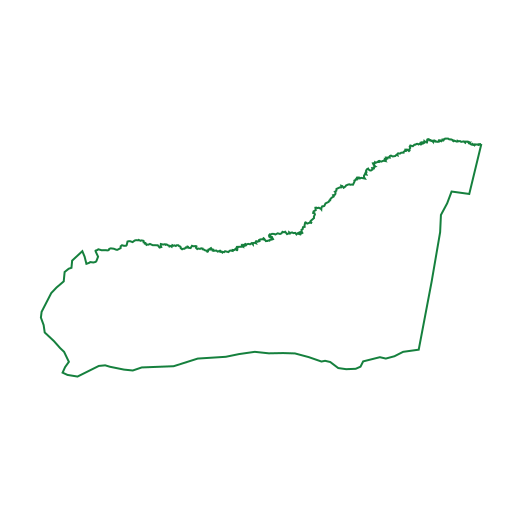 the district of Gamboula, Mambéré-Kadéï, Central African Republic, rotated 101°
{"feature_id": "33826404B15620845480465", "entity_name": "Gamboula", "entity_type": "district", "adm_level": 2, "iso_a3": "CAF", "parent_name": "Central African Republic", "parent_adm1": "Mambéré-Kadéï", "projection": "equal_earth", "projection_center": [14.923, 4.351], "detail": "fine", "context": "isolated", "style": "outline", "palette": "green", "viewbox_px": 512, "rotation_deg": 101, "n_neighbors": 0, "source": "geoboundaries", "source_scale": "gbopen_adm2", "svg_char_len": 6103}
<svg xmlns="http://www.w3.org/2000/svg" viewBox="0 0 512 512"><g transform="rotate(101 256 256)"><path d="M386.7,426.1L395.6,419.5L401.5,422.2L407.4,423.6L408.7,418.4L408.4,408.2L393.9,389.3L392.1,383.2L392.6,378.2L392.7,363.9L391.9,355.1L387.2,346.9L379.9,315.8L367.8,293.6L360.7,266.4L355.5,253.9L350.3,238.9L349.1,224.9L346.1,210.8L344.2,199.2L345.2,184.9L347.1,171.6L345.7,168.2L345.9,162.9L350.3,153.9L349.9,145.9L347.7,136.6L344.7,132.3L339.0,130.7L331.7,115.1L331.9,109.0L328.0,101.0L322.0,93.3L316.9,78.4L247.7,78.7L197.5,79.8L180.4,82.3L167.8,78.4L155.4,76.3L154.4,58.5L104.0,56.2L103.9,57.0L103.4,57.3L103.8,58.7L104.4,58.5L104.6,58.9L104.3,59.7L104.6,61.7L105.4,62.4L104.7,62.7L104.9,63.6L105.5,63.8L105.5,64.7L104.8,65.1L105.5,65.9L104.7,67.9L104.2,67.7L104.6,68.6L104.0,68.9L103.7,69.8L103.4,69.3L103.3,69.8L103.8,72.5L104.2,72.0L104.9,72.2L103.9,74.0L104.8,76.4L104.3,77.5L104.7,79.3L104.5,80.0L105.1,79.9L105.4,80.7L104.9,83.5L105.6,83.9L105.3,84.8L104.6,85.2L104.3,86.9L104.5,87.2L104.6,88.7L104.1,89.8L104.7,92.8L105.3,93.2L105.8,94.4L106.1,93.8L106.9,94.1L107.1,95.6L107.7,95.9L107.5,96.7L107.9,96.6L107.6,98.3L108.0,98.3L107.9,97.5L108.4,97.8L108.3,98.6L109.0,98.6L109.4,100.1L109.0,101.5L109.3,101.7L108.8,102.4L109.4,102.9L108.7,103.4L109.2,104.5L109.9,104.3L109.3,105.1L109.7,105.9L109.2,106.7L109.3,107.3L108.9,107.2L109.0,108.6L108.5,108.6L108.4,109.3L109.0,110.1L111.9,109.8L112.0,110.6L111.4,111.3L111.6,112.2L111.2,112.7L112.3,112.7L112.6,114.1L113.3,113.0L113.7,113.5L113.3,114.1L113.7,114.6L113.7,115.2L114.3,114.7L115.1,115.4L114.6,116.9L115.5,117.7L115.1,118.9L115.4,119.9L116.3,120.7L116.5,121.7L118.3,123.0L118.1,125.6L119.4,126.0L120.4,125.2L122.4,125.9L123.1,125.4L123.8,125.9L122.7,127.9L123.1,129.7L123.8,129.5L123.4,128.5L124.3,128.8L124.6,130.1L125.8,131.0L126.4,130.9L126.9,133.2L128.0,134.2L128.1,136.1L129.2,136.7L130.1,136.3L129.8,137.4L131.3,138.4L132.2,140.8L131.7,142.7L132.2,143.5L133.2,144.1L133.9,143.6L134.5,146.8L135.3,146.1L135.7,147.4L136.4,146.5L136.7,146.6L136.8,148.1L137.4,148.1L137.8,148.9L137.6,147.9L138.1,147.3L138.1,148.9L139.5,151.2L139.1,153.1L139.4,153.7L140.3,153.4L140.5,154.6L141.6,156.2L141.2,157.1L142.1,157.2L142.7,158.9L143.3,158.5L143.5,157.7L144.2,157.7L144.5,156.8L145.4,156.6L145.5,156.1L146.4,157.3L147.4,157.0L147.6,158.7L148.8,158.1L150.1,159.4L150.3,160.3L149.6,162.0L148.8,162.6L149.6,163.6L150.5,164.0L151.7,164.3L152.5,163.6L153.3,164.3L154.9,163.2L154.8,164.7L156.7,165.3L158.0,165.0L159.2,163.9L159.2,167.6L160.0,169.1L159.3,169.8L159.7,171.8L160.0,171.9L159.9,171.3L160.4,170.4L160.8,172.1L161.1,172.3L161.7,171.8L162.1,172.9L162.7,173.0L163.2,173.8L164.1,173.5L167.5,174.4L167.7,176.2L168.1,177.1L167.8,178.0L168.3,179.2L169.6,181.1L170.7,181.5L172.3,183.0L170.9,184.6L170.8,185.7L171.6,185.3L172.4,185.5L172.7,186.9L174.8,189.8L176.6,189.6L177.8,190.7L178.0,190.2L179.8,189.9L181.0,190.4L181.6,191.9L182.8,191.1L184.4,192.9L186.1,193.9L187.2,193.8L187.4,194.5L189.0,195.0L191.1,197.8L193.8,198.5L194.3,199.2L194.5,200.4L196.0,201.0L197.7,200.8L197.0,201.6L197.1,202.2L196.6,203.6L197.2,204.6L197.0,206.1L197.3,206.9L199.6,206.1L201.2,208.0L202.8,208.1L202.8,206.8L204.0,206.1L206.2,206.7L207.7,206.3L211.1,209.0L212.1,209.3L212.6,208.1L213.0,208.2L212.9,209.4L214.4,211.9L213.5,213.7L213.8,214.1L216.8,214.2L218.1,213.8L218.8,215.4L220.7,215.3L221.6,216.3L223.3,215.9L224.5,214.9L225.6,216.2L225.4,217.1L224.5,217.0L224.2,217.4L225.1,218.6L226.2,217.7L226.0,219.7L227.1,220.4L225.8,221.9L226.4,223.6L226.0,225.1L226.9,226.8L226.5,227.8L227.6,227.4L227.7,228.5L228.6,229.7L226.6,232.0L227.4,233.0L227.2,234.6L228.9,235.3L229.8,236.6L229.6,239.0L231.2,241.1L230.9,242.5L231.2,244.5L232.1,245.4L232.0,246.5L232.9,247.0L233.3,246.4L234.0,246.9L234.7,246.4L234.3,244.0L234.7,243.7L235.3,244.1L235.8,242.8L236.2,242.5L237.0,243.9L237.3,245.3L238.4,245.7L238.4,246.9L239.1,247.7L239.5,249.2L238.7,249.8L238.4,251.2L237.5,251.2L237.1,252.0L238.3,252.6L238.9,255.0L239.8,256.1L240.4,256.0L240.7,255.5L241.0,255.8L241.1,256.4L241.7,257.1L241.3,257.9L241.5,258.8L242.6,259.1L243.5,258.5L243.3,259.7L243.9,261.6L245.2,261.3L244.2,262.7L245.6,264.0L245.6,266.0L246.6,267.7L246.2,268.8L246.9,269.3L247.7,268.3L248.1,269.0L247.4,269.8L247.5,270.7L249.2,270.3L248.4,271.9L249.6,271.7L250.7,276.5L251.1,276.6L251.4,275.9L252.3,276.8L252.8,275.6L253.8,275.6L253.9,276.1L253.1,277.6L254.3,278.5L254.5,280.1L255.5,279.9L255.5,282.1L255.9,282.9L257.4,283.8L257.2,287.3L258.3,288.0L258.3,289.5L259.0,289.7L258.5,290.7L258.7,291.7L257.8,291.8L257.6,292.3L259.0,294.4L258.2,296.0L259.1,298.9L259.0,299.3L258.4,298.9L257.9,299.1L257.9,300.6L256.8,301.7L257.4,302.3L257.9,301.8L258.2,302.7L258.5,302.5L258.9,304.0L260.7,304.0L261.1,304.6L260.2,305.5L260.2,307.0L259.7,308.1L259.6,309.6L258.9,309.8L258.9,311.3L259.7,312.3L259.7,314.2L260.4,315.0L259.4,316.5L257.9,316.3L257.7,316.9L258.4,319.4L258.2,320.8L260.7,321.7L260.8,323.7L259.9,324.5L259.8,325.2L261.1,325.6L261.0,326.6L262.5,327.5L262.8,329.0L263.5,329.8L262.7,331.4L261.9,331.5L261.2,332.1L261.0,333.4L260.3,334.2L260.6,335.9L261.5,336.6L261.1,337.9L261.7,338.8L261.3,340.2L263.0,340.5L262.4,341.6L263.2,342.8L262.4,343.4L262.4,344.2L261.7,345.9L262.3,346.9L261.8,347.6L262.5,349.4L262.4,351.7L263.9,351.6L265.3,350.7L266.1,352.3L264.2,354.5L265.1,359.4L264.4,362.4L265.4,363.8L265.5,364.9L266.0,365.6L265.2,366.2L265.1,367.3L264.3,367.2L264.1,368.9L262.8,369.1L262.5,369.8L262.6,371.6L263.1,372.3L262.6,374.2L263.0,374.4L263.4,376.9L264.0,378.1L265.9,379.8L265.5,382.4L265.7,383.6L266.3,384.9L269.9,385.0L270.7,385.5L271.2,387.5L271.0,389.6L272.3,390.7L274.1,390.4L276.4,393.3L276.5,394.4L276.0,397.0L276.2,400.0L277.0,401.4L277.9,401.5L278.6,402.2L278.9,403.2L278.9,404.4L279.8,408.6L279.5,412.1L280.5,412.9L280.9,413.9L281.4,414.5L282.1,414.3L286.8,410.9L291.4,411.7L292.4,412.3L293.4,414.4L293.6,417.6L294.3,418.1L296.0,421.0L289.4,424.1L284.4,427.4L295.6,435.6L302.8,434.9L304.2,437.4L308.2,440.8L317.6,439.9L325.0,445.8L331.4,449.9L351.7,455.8L357.5,455.4L364.3,451.3L371.4,448.8L378.1,438.1L383.7,430.8L386.7,426.1Z" fill="none" stroke="#15803d" stroke-width="2"/></g></svg>